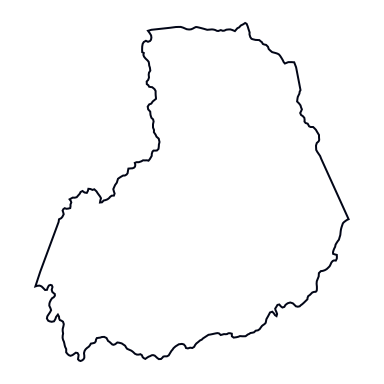 Boa Vista do Tupim, Bahia, Brazil (Natural Earth projection)
{"feature_id": "56859067B5310344538767", "entity_name": "Boa Vista do Tupim", "entity_type": "district", "adm_level": 2, "iso_a3": "BRA", "parent_name": "Brazil", "parent_adm1": "Bahia", "projection": "natural_earth1", "projection_center": [-40.706, -12.743], "detail": "fine", "context": "isolated", "style": "outline", "palette": "ink", "viewbox_px": 384, "rotation_deg": 0, "n_neighbors": 0, "source": "geoboundaries", "source_scale": "gbopen_adm2", "svg_char_len": 5899}
<svg xmlns="http://www.w3.org/2000/svg" viewBox="0 0 384 384"><path d="M348.6,219.2L321.2,158.8L320.1,156.0L317.3,151.9L316.2,149.9L316.0,145.6L316.8,143.0L318.6,141.4L319.2,139.9L319.0,137.2L319.0,135.0L317.1,131.9L315.9,129.8L314.3,128.1L313.1,127.0L310.6,127.0L309.1,126.3L307.7,123.7L305.6,123.0L304.5,121.6L304.6,119.6L304.3,117.8L302.8,116.1L301.1,115.0L300.2,113.0L301.2,111.0L301.9,109.3L301.1,107.5L300.5,105.4L299.1,103.5L297.1,101.5L297.5,98.4L297.8,96.9L299.4,93.6L299.7,91.6L300.5,90.1L296.1,67.3L294.2,62.3L291.1,62.1L288.4,62.1L284.9,63.5L283.7,62.1L282.7,60.0L281.4,57.8L280.1,55.8L279.0,54.5L277.6,53.7L275.8,53.1L272.1,52.1L270.2,50.5L268.7,49.0L268.0,46.8L266.1,44.9L264.2,44.5L262.8,43.9L261.9,42.2L260.8,41.4L259.3,40.1L255.5,39.9L253.0,39.3L251.5,38.8L250.3,37.1L249.5,34.4L249.6,32.4L248.5,29.1L247.7,26.4L246.6,23.8L245.1,23.0L243.2,24.3L240.8,25.5L239.1,27.4L237.4,28.2L234.9,31.1L233.5,30.5L232.0,29.9L230.3,29.4L228.1,29.5L226.3,29.7L224.4,30.6L222.8,30.8L220.8,30.1L218.2,31.0L216.8,30.8L215.2,30.0L213.7,29.6L212.0,29.4L207.2,29.8L203.8,28.8L200.8,28.0L197.5,27.2L196.0,27.0L194.6,27.6L192.8,28.6L191.1,29.3L189.1,29.5L186.7,29.2L183.0,27.6L180.7,26.9L176.0,27.0L169.9,27.8L151.4,29.8L148.0,30.8L149.7,33.1L151.1,35.4L151.4,37.6L151.0,39.7L150.0,41.0L148.0,41.8L145.9,40.8L143.8,42.0L142.7,43.8L142.2,46.5L142.1,49.7L142.2,52.2L143.8,53.0L143.4,54.9L144.0,56.6L145.6,58.6L147.3,60.2L148.6,61.7L149.0,63.4L149.2,65.5L149.9,67.6L150.3,70.6L149.0,72.7L148.7,74.7L149.0,77.5L148.2,79.9L146.7,81.5L146.8,84.1L148.4,85.3L149.1,86.7L150.5,87.0L152.2,87.2L154.5,89.1L155.6,91.0L155.6,93.5L155.7,95.5L155.9,97.2L156.0,98.8L152.7,101.5L151.3,103.6L149.2,104.4L147.7,106.6L148.2,109.4L150.2,111.6L150.5,114.9L151.4,117.8L153.1,119.4L153.6,121.5L153.0,124.2L153.0,127.5L154.0,130.0L153.9,132.2L155.6,134.7L156.5,136.7L158.7,138.6L159.5,142.0L158.9,144.6L158.8,146.6L158.5,148.9L156.9,150.5L155.4,150.6L153.5,150.6L152.5,151.6L151.8,153.8L151.7,155.9L149.9,159.0L148.5,160.7L146.9,160.3L144.9,160.4L143.1,160.3L141.4,161.3L138.8,162.2L136.5,162.2L134.8,162.9L135.3,164.9L135.0,166.6L134.0,167.7L132.5,168.3L130.8,168.4L128.4,168.6L128.0,170.6L127.6,173.2L126.5,174.6L124.9,175.5L123.2,175.5L121.4,176.5L119.5,177.7L118.0,178.8L116.8,182.7L115.1,185.0L113.3,189.1L113.9,191.5L114.6,193.5L113.9,195.6L111.7,195.7L110.2,196.8L109.1,198.1L107.5,199.3L105.5,200.1L103.7,200.5L102.0,202.3L100.0,202.5L100.4,200.2L101.0,198.2L100.0,196.4L99.1,195.2L97.7,193.3L96.5,191.4L94.3,189.3L92.5,189.9L90.4,189.0L88.4,188.8L87.9,190.9L86.8,192.9L84.5,192.5L82.5,191.0L80.6,192.0L79.7,193.8L78.6,195.0L76.7,197.2L74.7,197.7L72.7,197.6L71.1,198.5L69.6,199.3L70.7,200.8L71.3,202.4L70.5,204.5L70.5,206.5L70.2,208.1L68.2,208.6L66.4,208.8L64.7,208.2L63.4,209.1L62.6,210.6L63.2,212.3L63.7,214.2L62.4,216.8L61.2,218.2L59.0,219.3L58.6,222.0L40.2,271.8L35.4,286.4L37.3,285.8L39.6,285.6L41.5,286.4L42.7,287.5L45.1,290.0L47.0,289.8L47.6,287.9L48.8,285.6L50.4,284.9L51.8,285.3L52.5,287.0L51.7,289.8L52.3,291.9L53.6,293.1L54.8,294.0L54.9,295.7L53.7,297.3L52.1,298.2L50.8,300.1L49.8,302.2L49.4,303.7L49.3,305.7L50.5,308.3L51.1,310.2L50.0,312.3L48.1,315.1L47.3,316.4L46.9,318.5L48.2,320.7L49.5,321.3L51.7,321.8L54.0,321.3L55.3,319.2L56.1,316.9L57.9,314.6L59.0,316.6L59.2,318.7L59.9,320.1L61.3,320.6L63.0,321.7L63.8,324.1L63.4,326.3L62.7,329.0L62.7,331.0L63.1,333.6L62.7,335.6L62.6,337.8L63.0,339.7L63.9,341.7L64.3,343.3L64.7,345.3L65.2,347.0L66.2,349.1L66.2,352.4L67.8,354.3L69.1,355.3L70.5,355.8L72.5,355.1L75.8,352.7L77.5,353.0L78.6,354.9L78.3,357.3L78.0,359.2L79.0,360.4L80.5,361.0L81.9,360.5L83.4,359.4L84.3,357.8L84.3,355.7L84.0,353.1L84.6,350.9L85.6,349.3L87.1,347.9L88.8,346.7L89.9,345.3L90.9,343.6L92.7,343.3L94.6,342.8L95.7,341.5L96.0,339.7L96.8,338.1L98.7,337.8L100.2,337.6L101.9,337.0L104.2,336.9L106.5,338.0L108.1,341.0L109.4,341.8L110.5,342.8L112.3,344.5L113.6,344.8L115.2,344.2L117.3,342.5L119.0,342.7L121.7,343.4L125.1,345.7L126.0,347.3L127.1,348.8L131.4,350.7L133.0,351.9L135.0,353.8L136.9,354.6L138.8,354.6L140.4,354.2L141.9,355.2L142.6,357.0L143.7,358.1L145.3,358.9L147.0,357.7L148.6,356.7L150.2,356.1L151.6,355.3L153.0,355.1L154.7,355.6L157.3,358.0L158.8,359.1L161.0,359.0L162.3,357.8L163.3,356.6L164.7,356.3L167.0,356.3L168.7,355.4L170.2,352.9L171.5,350.8L172.5,349.7L173.5,348.2L175.5,346.4L177.1,345.4L178.8,344.3L181.9,343.9L183.8,344.4L185.3,346.1L186.0,348.0L187.9,348.4L190.1,347.7L192.3,348.0L194.2,346.8L195.0,345.2L196.3,343.5L198.1,342.1L200.1,340.4L201.7,339.7L203.0,338.4L208.5,334.8L209.9,334.6L212.4,334.1L214.2,333.7L215.6,333.4L217.4,333.1L219.0,333.4L220.7,335.0L222.6,334.5L224.0,334.1L225.5,334.2L227.0,334.1L228.3,333.3L229.9,333.2L231.8,333.7L231.9,336.3L233.7,337.6L236.5,337.2L238.5,336.7L239.9,336.1L243.0,336.3L245.6,336.2L247.8,334.5L249.2,333.9L250.5,333.0L252.4,332.7L254.0,332.3L255.7,330.7L258.0,330.3L259.7,329.1L260.8,327.5L262.0,325.9L263.3,324.9L264.5,324.1L265.7,322.8L266.4,319.2L268.2,316.0L269.1,314.3L270.0,312.5L272.3,311.7L273.8,313.3L275.0,315.1L276.5,316.1L277.1,314.0L276.2,311.5L275.5,310.1L275.2,308.6L276.3,306.9L277.5,304.9L279.3,304.5L280.8,306.3L282.4,307.5L284.3,306.9L285.5,304.9L287.6,303.3L290.2,302.5L292.8,303.3L294.0,304.4L295.9,306.3L297.8,306.7L299.7,306.3L300.7,305.3L302.1,304.3L303.8,302.8L307.4,299.3L307.6,297.6L308.3,296.0L309.7,295.1L311.1,293.7L312.3,292.5L314.0,291.9L315.7,291.8L316.7,290.7L316.9,289.1L316.9,286.7L316.6,283.7L316.8,281.2L318.7,276.4L318.9,273.1L320.9,271.1L322.7,270.9L324.8,270.2L326.7,269.1L328.2,267.7L329.6,266.3L330.5,264.6L331.4,262.5L332.7,261.0L334.1,260.4L335.8,260.6L336.8,258.6L336.9,256.8L336.8,254.9L334.8,254.4L333.1,253.8L333.0,252.2L333.5,250.4L334.2,248.6L335.1,246.9L335.6,244.6L336.8,242.6L337.8,241.1L338.9,239.7L340.3,235.0L340.7,231.2L341.0,229.3L341.5,227.4L342.1,225.6L342.9,223.3L344.0,222.1L345.7,220.8L347.2,219.8L348.6,219.2Z" fill="none" stroke="#020617" stroke-width="2"/></svg>